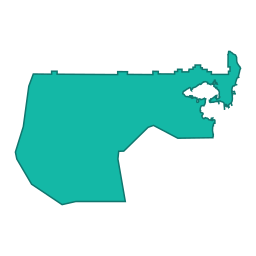 the district of 74, Al Khawr, Qatar
{"feature_id": "91078587B87151067735171", "entity_name": "74", "entity_type": "district", "adm_level": 2, "iso_a3": "QAT", "parent_name": "Qatar", "parent_adm1": "Al Khawr", "projection": "equal_earth", "projection_center": [51.544, 25.65], "detail": "fine", "context": "isolated", "style": "filled", "palette": "teal", "viewbox_px": 256, "rotation_deg": 0, "n_neighbors": 0, "source": "geoboundaries", "source_scale": "gbopen_adm2", "svg_char_len": 5644}
<svg xmlns="http://www.w3.org/2000/svg" viewBox="0 0 256 256"><path d="M125.3,201.5L117.9,159.0L118.7,151.3L123.8,151.1L148.1,127.3L153.5,125.4L177.8,138.2L212.9,137.7L212.9,136.8L213.1,136.2L213.3,136.1L213.2,135.5L213.6,135.2L213.3,135.3L213.1,134.6L213.3,134.6L213.3,134.2L213.1,134.1L213.0,133.5L212.5,130.7L212.7,126.8L213.1,125.7L213.4,125.7L213.3,124.6L213.7,123.6L214.1,123.1L214.3,123.4L214.9,123.3L214.9,120.5L214.6,119.9L213.9,120.0L213.5,119.8L212.8,119.9L212.6,120.3L212.1,120.3L212.0,120.5L211.5,120.1L211.3,119.7L211.5,119.5L212.1,119.1L212.0,118.5L213.3,117.7L213.5,117.7L211.7,118.5L211.7,118.2L211.4,118.2L211.1,119.5L210.4,119.9L210.4,120.1L208.6,119.6L208.1,118.7L208.1,118.1L208.1,118.3L206.6,118.2L205.7,117.7L205.2,117.7L204.5,118.3L204.5,118.5L203.9,118.7L203.5,118.6L202.8,118.1L202.7,117.6L202.3,117.2L201.8,116.1L201.8,115.8L202.1,115.6L202.3,115.0L202.7,114.7L203.1,113.9L203.0,113.3L202.4,112.9L200.6,112.5L200.4,111.1L200.6,110.9L200.6,110.6L200.1,110.6L200.2,110.0L200.2,109.0L200.6,107.3L201.2,106.0L202.2,105.6L203.9,105.8L204.3,104.7L204.6,104.6L205.3,102.5L205.3,100.6L205.6,99.5L205.7,99.2L205.7,98.8L204.5,98.9L204.4,98.3L202.0,99.5L201.8,99.4L200.8,99.7L200.5,99.5L200.2,99.0L199.9,98.9L199.5,98.9L198.4,99.2L198.4,99.4L198.5,99.7L198.7,101.2L198.6,101.6L198.1,102.3L197.1,102.4L196.9,102.2L196.7,101.7L196.8,100.8L197.2,99.5L196.9,99.0L197.0,98.7L196.9,98.4L196.9,98.0L195.9,98.0L195.7,97.7L195.2,97.8L195.2,97.4L194.2,97.4L193.9,97.3L193.6,97.4L193.3,97.3L193.3,97.6L193.1,97.7L192.9,97.5L193.1,98.0L192.0,98.4L191.9,98.3L192.1,97.9L191.9,98.0L192.0,97.9L191.7,97.6L192.4,95.9L192.2,96.3L191.9,96.1L192.0,95.9L191.9,95.9L191.1,97.4L190.9,97.5L189.4,96.6L189.7,96.0L190.7,95.9L190.7,95.7L189.6,95.8L189.0,97.0L187.3,96.5L186.4,96.6L185.8,96.5L185.0,95.9L184.0,94.4L182.7,93.7L182.8,93.1L183.3,91.6L183.8,91.1L184.5,91.0L184.6,90.6L185.1,90.5L187.1,89.0L188.0,88.7L188.5,88.1L189.0,88.0L189.9,87.5L190.6,88.3L191.1,90.4L191.4,90.6L191.3,90.2L191.5,89.8L192.6,88.8L192.9,87.9L193.3,87.6L194.5,87.4L195.7,86.9L197.0,86.0L197.5,85.5L198.0,85.3L198.1,84.9L198.9,84.7L199.4,84.1L200.0,84.0L200.4,84.4L200.9,84.3L201.3,84.0L202.1,83.0L202.5,82.8L203.5,81.8L203.8,81.8L204.0,82.1L204.9,81.6L205.3,81.6L205.5,81.8L206.0,81.8L207.6,82.4L207.6,83.7L208.5,83.6L208.7,83.8L210.7,84.6L210.7,84.2L212.2,83.9L212.5,83.5L212.5,84.2L213.6,84.4L213.6,84.2L213.2,84.0L213.2,83.1L213.4,82.0L213.8,81.9L214.0,81.3L214.4,81.3L214.5,80.2L214.9,80.3L215.1,80.2L215.4,81.3L215.1,81.9L214.9,82.0L215.0,82.9L215.3,83.2L216.0,83.1L216.0,82.4L216.5,82.7L216.5,83.1L216.9,83.1L217.3,84.2L216.5,84.1L216.0,83.7L214.7,83.9L213.8,84.6L213.9,84.9L213.9,86.4L215.7,87.5L215.8,87.9L216.2,87.6L216.5,87.5L216.5,88.0L217.0,88.2L217.0,88.8L217.4,89.4L218.5,89.9L218.6,90.6L219.3,91.7L219.3,93.5L219.1,93.7L219.1,94.4L219.3,94.6L219.2,96.8L219.6,96.7L219.9,96.3L219.7,97.2L219.4,97.2L219.5,97.4L219.4,97.9L219.0,98.0L217.9,98.9L216.7,99.2L216.7,98.3L215.6,98.1L215.6,97.6L216.3,97.9L216.5,97.2L215.8,97.0L215.8,96.4L216.8,95.9L216.9,95.4L216.1,95.5L215.9,95.8L215.6,95.9L215.7,96.2L215.2,96.2L214.1,97.3L213.6,97.3L212.8,98.2L211.9,98.6L211.6,99.0L210.8,98.9L210.8,99.6L210.6,99.8L210.6,100.7L210.4,100.9L210.3,101.4L209.7,101.3L209.8,100.7L209.6,100.2L209.4,100.2L209.4,100.5L209.5,100.5L209.5,101.3L209.6,102.0L209.9,102.2L210.6,102.2L210.6,102.4L211.5,102.3L213.4,102.1L213.5,102.2L216.8,101.2L217.1,101.7L218.4,101.4L218.4,101.2L218.7,101.3L218.9,103.6L218.6,103.7L218.9,103.7L218.9,103.9L218.9,103.7L219.2,103.6L218.9,103.6L218.8,101.2L220.2,100.9L220.9,101.5L222.6,101.9L223.8,102.8L224.2,103.9L224.1,104.6L224.5,108.8L224.5,109.9L224.6,108.8L224.4,106.6L225.4,106.1L225.2,106.0L225.0,105.0L225.1,104.5L226.1,104.4L226.4,104.5L226.6,105.5L225.6,105.9L225.7,106.0L226.6,105.6L226.8,105.7L226.9,106.7L227.0,106.7L226.9,105.6L227.2,105.6L228.1,105.8L228.5,107.0L228.6,106.7L228.9,106.7L229.0,107.1L228.5,107.3L229.1,107.2L228.9,106.5L228.5,106.6L228.2,105.8L228.4,105.4L228.5,105.4L228.9,106.2L228.5,104.9L229.5,104.0L231.0,103.0L231.8,104.9L231.7,105.1L231.1,105.5L231.8,105.2L232.1,105.8L231.2,103.0L232.0,101.3L232.3,99.9L232.4,98.4L232.2,95.2L232.5,95.1L232.5,94.1L232.6,93.9L234.4,93.5L234.5,93.7L234.5,93.4L234.9,93.3L235.1,93.8L234.9,93.9L235.0,94.0L235.2,93.8L235.1,93.3L235.0,93.2L232.1,93.9L231.8,92.3L232.0,92.3L232.0,92.0L234.1,91.7L234.3,91.8L234.5,91.7L234.4,91.5L234.3,91.4L234.2,91.5L232.1,91.9L231.8,90.7L232.0,90.7L231.9,90.6L231.9,89.5L232.2,87.7L232.7,86.3L233.1,86.2L233.6,85.8L234.3,85.9L234.8,85.4L234.9,85.2L235.3,85.0L235.5,84.4L237.3,85.0L235.5,84.3L235.5,83.3L235.7,82.0L236.2,80.8L236.6,81.0L236.2,80.7L236.3,80.4L236.5,80.0L236.8,80.2L236.4,80.0L236.6,79.2L237.1,78.2L237.7,77.4L238.4,76.9L239.1,78.0L238.5,76.8L238.5,76.7L238.4,76.5L238.5,75.9L239.4,72.2L239.9,69.8L240.0,69.4L240.4,69.0L240.6,68.3L239.9,67.2L239.9,66.8L239.7,66.5L239.3,66.3L237.7,63.9L237.1,62.7L236.9,62.0L236.7,60.7L236.6,57.3L235.5,55.0L233.2,54.0L232.1,52.9L231.0,52.3L230.0,51.4L228.8,51.6L228.8,51.4L228.7,51.4L228.5,52.1L228.5,53.7L227.9,54.4L228.1,54.9L228.0,55.2L228.1,55.9L228.0,66.9L230.0,66.9L230.0,71.2L228.5,71.2L228.5,74.4L211.4,74.4L211.4,71.7L207.1,71.7L207.1,69.4L202.3,69.4L202.3,67.8L200.6,67.8L200.6,65.0L195.1,65.0L195.1,67.2L193.0,67.2L193.0,69.2L189.1,69.2L188.7,71.9L182.0,71.9L182.0,69.3L177.6,69.3L177.6,71.5L174.6,71.5L174.6,74.0L158.3,73.9L158.3,71.4L152.9,71.3L152.9,74.6L127.4,74.4L127.5,71.7L117.7,71.6L117.7,74.6L57.1,74.2L57.1,71.2L51.6,71.2L51.6,74.2L33.3,74.0L28.8,86.2L23.3,126.7L15.4,152.1L16.8,159.0L31.6,184.2L62.1,204.6L75.8,201.5L125.3,201.5Z" fill="#14b8a6" stroke="#0f766e" stroke-width="1.5"/></svg>